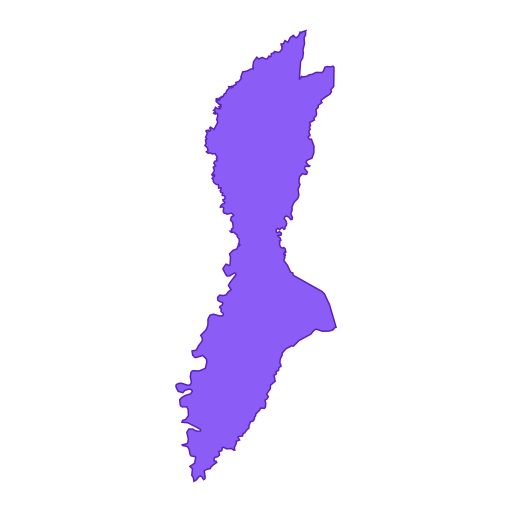 the district of Quinsaloma, Los Rios, Ecuador
{"feature_id": "8360857B59163426869713", "entity_name": "Quinsaloma", "entity_type": "district", "adm_level": 2, "iso_a3": "ECU", "parent_name": "Ecuador", "parent_adm1": "Los Rios", "projection": "orthographic", "projection_center": [-79.358, -1.146], "detail": "fine", "context": "isolated", "style": "filled", "palette": "violet", "viewbox_px": 512, "rotation_deg": 0, "n_neighbors": 0, "source": "geoboundaries", "source_scale": "gbopen_adm2", "svg_char_len": 6038}
<svg xmlns="http://www.w3.org/2000/svg" viewBox="0 0 512 512"><path d="M305.9,30.7L302.0,31.9L301.4,32.8L300.1,32.1L298.7,35.7L296.4,37.7L295.0,37.2L293.5,35.4L292.8,35.5L292.7,36.3L291.2,36.7L289.9,38.1L287.9,42.3L284.9,40.6L283.5,43.8L281.1,43.9L281.2,45.4L282.3,46.3L281.8,47.1L282.0,49.1L279.7,51.9L278.6,52.4L274.3,51.5L274.2,52.7L271.2,53.7L271.1,56.3L270.4,56.7L268.9,56.0L267.2,59.0L265.5,58.9L262.2,57.4L258.8,58.9L256.8,57.2L253.5,61.9L252.8,67.1L253.4,67.5L253.3,68.8L250.8,69.0L247.0,71.1L242.7,71.8L240.8,77.2L241.4,78.3L238.8,81.5L235.8,82.5L236.2,84.2L232.5,86.2L232.6,87.1L231.6,86.3L231.1,87.5L230.9,86.8L228.7,86.6L229.1,88.2L226.8,90.4L225.8,93.2L224.3,93.8L223.0,96.8L222.0,96.4L221.4,97.4L220.5,97.2L219.7,98.0L220.7,99.6L220.0,98.8L219.2,100.1L218.0,98.5L216.3,98.7L216.1,100.5L217.5,100.5L216.4,101.7L219.6,104.7L220.6,104.4L221.2,104.9L220.5,106.0L221.0,106.8L218.9,106.8L220.1,108.6L217.8,108.8L215.4,107.3L214.9,109.1L213.6,110.4L214.8,110.8L215.4,112.5L214.2,112.4L213.6,113.2L215.3,114.1L217.0,113.4L217.9,115.3L216.7,119.6L217.8,122.1L214.0,129.5L210.4,127.1L209.7,128.1L210.5,129.6L209.9,131.0L209.0,131.3L208.3,130.1L206.1,130.6L206.0,131.3L207.4,133.3L205.6,137.2L206.9,138.9L205.6,139.7L205.6,141.7L206.3,143.1L204.9,145.6L207.2,147.5L208.1,150.6L206.4,151.8L208.2,153.3L209.9,152.9L212.4,153.9L215.0,153.6L217.4,157.4L216.4,158.5L217.1,160.7L214.8,161.2L214.0,162.7L213.9,163.5L215.6,166.0L213.3,167.1L214.4,170.8L211.8,174.7L212.5,175.7L214.1,174.7L214.7,175.9L212.1,178.4L213.2,179.5L213.3,181.4L214.0,182.7L216.4,184.5L218.4,184.6L218.6,188.2L221.1,187.8L221.2,189.0L220.1,190.6L220.8,192.3L222.5,192.7L222.2,195.4L224.4,195.8L225.2,197.0L224.6,199.1L222.9,199.7L223.2,201.2L224.3,201.7L224.9,203.0L222.2,204.2L220.6,206.0L220.4,207.3L222.4,206.8L223.7,207.9L223.2,211.6L224.2,213.2L225.5,213.1L226.9,214.2L231.4,213.2L233.6,215.1L233.6,215.7L231.2,217.0L230.6,220.2L232.7,222.5L233.2,228.1L231.6,229.0L231.6,231.1L230.1,231.2L231.1,232.3L234.4,232.5L235.4,233.9L236.9,234.5L237.3,236.6L239.2,239.3L239.2,242.2L238.4,244.3L240.0,244.9L239.3,245.9L237.8,246.1L237.0,248.9L233.2,250.2L229.5,253.9L230.5,257.1L230.0,265.0L228.7,265.5L227.4,264.5L225.9,264.2L223.1,268.2L223.0,269.2L226.2,275.2L227.2,276.0L229.7,275.9L234.3,273.0L235.6,273.5L235.9,274.7L229.7,283.0L228.4,285.6L231.1,289.7L228.4,291.7L226.0,294.9L223.1,295.6L219.7,295.1L217.6,297.4L217.7,299.8L218.4,300.9L222.8,302.7L222.4,304.7L219.9,306.6L219.6,307.4L221.1,308.9L221.0,311.6L223.2,313.5L223.3,315.0L222.3,315.8L219.6,315.9L213.3,314.2L209.9,315.3L208.0,319.1L207.9,324.9L206.7,328.5L205.5,330.5L200.7,335.3L202.4,338.6L202.1,341.0L198.5,345.8L196.3,350.1L192.0,351.0L192.7,355.2L194.4,357.1L195.8,357.6L202.8,355.5L206.4,359.1L206.8,362.2L205.3,368.4L198.9,371.0L193.1,370.7L191.9,371.2L190.9,372.7L190.3,376.6L191.4,382.4L190.2,384.8L187.9,385.3L181.7,383.3L179.1,383.3L176.6,384.4L175.9,385.6L176.2,387.5L178.0,391.1L178.8,391.6L183.0,392.6L184.7,390.5L189.1,389.0L191.4,389.8L192.4,391.4L190.4,393.9L185.5,395.4L181.4,397.8L179.7,399.7L180.2,404.9L180.9,406.1L182.4,406.9L186.8,406.8L188.2,409.7L188.4,415.7L185.7,419.4L182.6,420.4L181.9,422.2L187.9,422.8L200.0,429.1L200.7,430.0L200.3,431.0L198.1,431.3L195.2,430.6L192.9,429.1L188.9,429.0L186.8,432.3L188.3,439.0L187.8,442.6L186.7,443.7L182.2,444.9L182.7,445.6L185.8,446.1L187.9,447.1L189.2,449.7L190.1,454.5L191.1,455.9L195.3,456.7L195.7,457.4L194.6,463.2L189.8,466.4L192.4,468.8L191.8,475.4L193.4,477.7L193.9,481.3L196.4,479.9L198.8,476.7L200.3,476.1L201.5,476.4L203.6,479.6L204.9,478.8L205.2,476.8L204.2,470.8L206.5,469.4L210.3,468.6L210.7,467.3L213.1,465.0L216.7,462.5L216.2,461.3L214.1,461.0L214.1,458.5L215.0,457.3L217.6,456.8L219.6,454.9L218.8,451.6L221.8,450.6L222.4,447.7L223.5,447.2L226.5,448.8L231.4,448.6L233.7,450.1L234.8,450.1L234.3,447.7L236.1,443.8L236.4,441.3L239.6,440.0L238.2,437.6L238.3,436.5L242.6,436.0L243.0,433.7L244.9,432.6L246.6,430.0L248.8,428.3L249.1,425.2L250.4,421.9L253.3,420.9L254.5,418.7L254.6,416.9L255.6,415.9L255.8,414.0L259.6,410.2L260.5,408.1L264.4,408.3L265.4,407.2L265.8,403.1L264.9,400.2L267.1,398.8L268.4,396.7L266.6,394.1L270.3,388.8L270.5,385.2L275.2,381.2L273.9,375.2L275.9,374.5L276.4,373.4L275.9,371.7L278.6,370.3L278.9,367.5L280.9,366.4L280.7,364.4L279.8,363.2L280.2,359.1L282.1,355.2L282.3,353.0L286.0,348.7L291.5,345.9L293.5,346.1L299.0,340.5L310.7,334.2L313.9,330.4L315.9,329.1L322.6,331.3L329.5,331.0L332.9,329.9L335.0,327.5L336.1,327.3L329.5,304.6L324.3,293.7L321.9,291.4L293.2,275.3L292.8,273.0L290.5,272.0L287.5,265.4L283.8,260.5L284.9,257.3L284.3,256.2L285.4,255.5L285.3,254.9L283.8,254.3L284.5,252.2L285.0,252.6L285.0,251.9L285.8,252.0L285.2,248.9L283.8,247.5L282.7,248.2L280.6,247.2L279.6,244.7L279.8,242.1L279.4,241.0L280.8,240.5L280.4,238.4L277.7,235.7L278.8,235.2L280.8,235.4L281.4,234.1L281.0,232.6L279.3,231.7L277.3,232.7L276.1,231.8L276.4,229.5L277.8,228.4L279.7,229.8L281.6,227.6L282.3,227.6L283.8,229.3L285.0,228.8L284.9,227.3L286.3,225.4L286.7,223.5L285.9,220.8L284.3,218.9L284.9,216.8L286.0,216.1L287.3,216.3L289.1,217.4L290.7,219.6L292.1,219.4L292.5,217.6L290.8,213.8L292.1,210.3L292.0,206.9L293.9,202.5L297.8,198.4L298.9,195.3L298.0,189.6L300.0,184.6L298.9,181.8L299.5,176.9L302.3,173.7L305.5,174.5L306.8,174.0L307.3,171.9L304.6,168.7L304.6,167.4L305.4,166.3L309.3,166.5L309.8,165.9L308.0,165.0L306.1,162.2L307.1,160.3L311.9,158.2L313.8,153.1L314.0,146.5L313.3,144.3L311.4,139.2L309.5,139.3L308.1,137.0L308.4,136.3L309.9,135.8L310.0,134.9L309.1,133.1L308.9,130.9L310.2,129.4L309.4,127.1L310.5,125.5L309.6,122.7L314.4,120.0L313.9,117.9L315.8,116.2L316.6,114.0L316.0,109.5L318.3,107.4L318.2,105.3L322.0,102.6L321.1,101.2L321.3,99.9L330.1,93.9L331.5,91.6L330.7,89.7L333.7,86.6L334.0,67.3L333.0,66.1L330.6,67.0L327.6,66.5L324.9,67.2L323.3,71.5L321.8,72.5L316.0,72.4L312.3,74.3L309.1,74.8L307.1,76.2L303.1,76.9L301.5,76.4L300.5,78.6L299.4,78.9L300.6,61.4L302.7,58.0L303.4,52.3L302.9,50.2L304.5,43.7L304.1,37.6L305.5,35.1L305.7,32.7L305.3,32.1L305.9,30.7Z" fill="#8b5cf6" stroke="#5b21b6" stroke-width="1.5"/></svg>